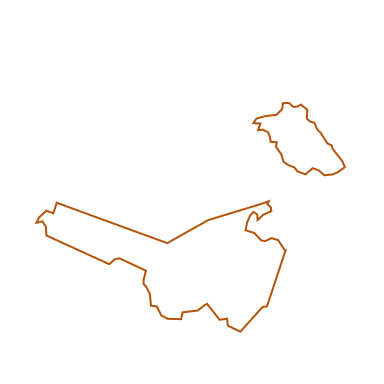 Iberia, Louisiana, United States of America (Natural Earth projection), rotated 205°
{"feature_id": "52423323B66757955193379", "entity_name": "Iberia", "entity_type": "district", "adm_level": 2, "iso_a3": "USA", "parent_name": "United States of America", "parent_adm1": "Louisiana", "projection": "natural_earth1", "projection_center": [-91.77, 29.798], "detail": "fine", "context": "isolated", "style": "outline", "palette": "amber", "viewbox_px": 384, "rotation_deg": 205, "n_neighbors": 0, "source": "geoboundaries", "source_scale": "gbopen_adm2", "svg_char_len": 1343}
<svg xmlns="http://www.w3.org/2000/svg" viewBox="0 0 384 384"><g transform="rotate(205 192 192)"><path d="M310.0,125.1L308.7,114.0L316.1,113.6L319.8,104.3L320.0,98.3L315.2,102.2L309.7,98.7L305.6,91.1L273.9,91.3L236.4,91.6L233.8,98.1L229.9,101.2L200.5,101.2L198.7,91.8L196.7,87.8L194.1,87.2L187.1,81.8L181.1,71.6L175.5,73.4L167.8,67.2L160.4,66.8L148.2,72.1L149.6,79.0L136.7,87.0L132.7,94.8L131.0,97.0L120.9,91.9L113.0,87.9L110.6,89.4L106.6,92.0L103.1,86.0L89.2,85.8L85.7,97.2L84.9,99.8L79.4,117.7L75.7,120.1L82.5,178.4L82.8,178.0L93.5,184.8L100.5,183.8L105.0,178.4L108.8,177.4L118.2,181.2L127.3,180.0L129.2,188.0L129.3,195.4L128.0,199.8L123.4,199.3L120.7,194.4L117.7,201.6L112.0,208.1L114.0,211.4L118.7,212.9L118.5,216.0L124.2,210.5L165.3,173.5L177.8,156.2L192.8,135.2L241.2,131.0L310.0,125.1ZM67.9,272.0L64.0,279.1L68.8,283.5L82.5,290.4L85.1,293.3L89.7,293.2L100.5,300.0L105.1,301.8L110.4,306.5L114.7,305.7L118.9,307.1L122.3,315.2L130.3,317.2L132.5,314.1L136.0,311.9L141.5,313.7L147.2,310.9L145.3,305.3L148.1,297.6L157.7,291.7L164.7,285.7L165.4,280.4L158.9,283.0L158.3,275.9L154.2,278.5L148.2,278.2L144.6,274.8L142.0,270.8L136.2,272.9L135.0,268.5L127.3,264.1L121.8,258.1L116.0,257.1L109.7,257.6L105.2,255.2L96.5,256.0L92.7,264.6L86.0,265.1L79.1,263.1L71.9,267.4L70.6,268.8L67.9,272.0Z" fill="none" stroke="#b45309" stroke-width="2"/></g></svg>